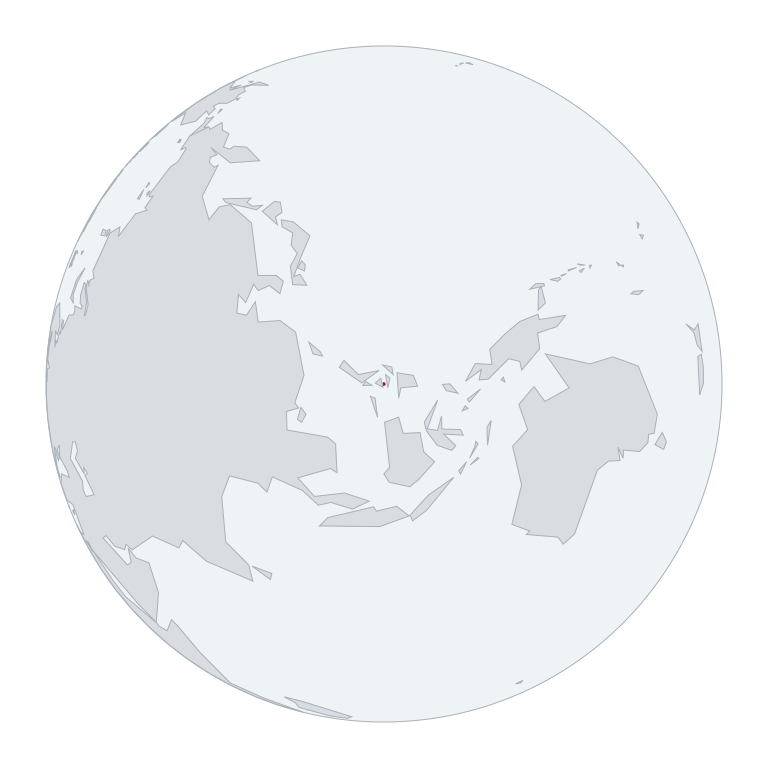 the Earth from above Guimaras, rotated 303°
{"feature_id": "PHL-2530", "entity_name": "Guimaras", "entity_type": "Province", "adm_level": 1, "iso_a3": "PHL", "parent_name": "Philippines", "parent_adm1": "", "projection": "orthographic", "projection_center": [122.577, 10.591], "detail": "fine", "context": "on_globe", "style": "filled", "palette": "rose", "viewbox_px": 768, "rotation_deg": 303, "n_neighbors": 0, "source": "natural_earth", "source_scale": "10m", "svg_char_len": 9208}
<svg xmlns="http://www.w3.org/2000/svg" viewBox="0 0 768 768"><g transform="rotate(303 384 384)"><circle cx="384" cy="384" r="338" fill="#eef3f6" stroke="#a8b0b8"/><path d="M657.6,508.1L657.3,510.3L656.9,510.7L657.6,508.1ZM567.3,100.1L557.6,94.4L548.4,93.6L556.8,101.2L546.1,94.4L569.5,115.3L571.7,124.7L562.3,109.6L556.0,104.9L554.1,108.4L547.2,104.5L542.3,104.3L534.2,99.7L529.3,92.4L524.0,89.6L523.0,92.4L514.2,90.4L516.6,86.5L501.6,82.8L490.6,72.4L503.5,69.9L490.6,64.1L488.3,62.6L515.7,72.8L542.1,85.3L567.3,100.1ZM700.3,284.8L697.6,277.5L699.9,280.6L700.3,284.8ZM695.4,274.2L696.5,276.4L695.5,274.7L695.4,274.2ZM694.4,273.7L695.1,274.0L694.6,274.4L694.4,273.7ZM693.3,274.0L693.8,273.5L693.9,273.9L693.3,274.0ZM690.7,272.2L689.9,271.6L690.1,270.3L690.7,272.2ZM579.0,108.0L577.3,106.8L576.0,105.9L579.0,108.0ZM564.3,108.2L564.5,106.3L566.7,109.6L564.3,108.2ZM543.0,105.1L545.2,107.1L541.7,106.3L543.0,105.1ZM526.2,98.7L520.1,97.3L525.5,97.4L526.2,98.7ZM515.9,95.7L501.0,93.3L504.4,97.2L486.2,86.0L504.9,91.1L511.1,90.3L511.2,92.8L515.9,95.7ZM484.4,61.4L484.2,61.3L482.8,60.9L484.4,61.4ZM477.5,59.3L478.4,59.7L466.1,56.3L462.6,55.3L477.5,59.3ZM478.5,80.7L474.2,79.4L477.8,79.4L478.5,80.7ZM484.7,61.7L481.8,61.2L471.1,58.3L468.5,57.8L465.6,56.2L484.7,61.7ZM458.2,54.5L454.3,53.6L458.9,55.0L451.0,53.3L450.5,52.8L447.4,52.4L445.0,51.9L447.2,52.1L458.2,54.5ZM432.3,49.6L431.6,49.5L430.7,49.3L432.3,49.6ZM442.1,51.1L440.6,50.9L435.0,50.0L436.6,50.2L442.1,51.1ZM445.8,52.6L458.0,55.2L457.7,55.3L445.8,52.6ZM427.9,49.0L428.8,49.1L426.8,48.8L427.9,49.0ZM439.7,51.2L444.1,52.0L443.6,52.1L439.7,51.2ZM427.0,49.1L425.9,48.8L429.6,49.2L427.0,49.1ZM432.4,50.0L430.7,49.9L431.6,49.6L434.4,50.2L432.4,50.0ZM438.6,51.2L439.7,51.5L436.8,50.9L438.6,51.2ZM413.5,48.0L413.7,47.5L422.0,48.2L420.6,48.5L413.5,48.0ZM98.5,203.2L94.5,210.2L94.3,214.2L113.4,188.8L113.9,181.4L124.7,167.5L133.0,162.4L134.2,171.0L138.4,166.0L146.7,151.2L156.2,144.8L150.6,145.8L146.0,151.5L142.5,152.8L146.4,147.7L149.6,145.3L151.9,141.4L136.1,155.4L129.7,162.8L129.9,161.3L149.6,140.6L171.1,121.6L194.0,104.5L192.4,105.8L194.8,104.3L205.3,97.8L202.1,100.4L213.2,93.6L215.5,94.4L221.9,88.3L234.4,82.2L242.9,79.4L248.2,76.7L234.4,81.5L227.8,84.6L220.3,88.7L205.2,97.3L228.4,84.0L252.5,72.7L270.6,67.3L275.3,68.0L255.9,80.7L247.3,83.1L250.0,79.3L235.5,88.0L242.4,84.7L239.7,87.4L251.0,83.5L249.6,85.4L262.8,79.1L262.3,80.9L254.0,84.9L270.3,82.3L272.9,86.0L277.3,84.7L281.2,82.2L281.9,89.4L285.1,88.2L286.1,85.3L293.1,81.2L305.7,77.3L305.2,79.9L300.6,81.7L290.3,90.2L278.1,95.4L279.2,96.2L289.7,92.4L302.3,81.9L310.0,78.9L305.2,83.5L307.5,81.6L311.2,81.0L314.5,83.2L320.3,78.3L361.5,72.0L371.9,76.9L363.0,80.9L391.3,82.9L400.8,90.5L401.7,87.5L415.9,87.9L413.1,85.3L414.6,84.0L449.8,86.6L457.7,90.1L473.8,89.9L474.3,88.7L469.3,85.9L486.2,86.0L504.4,97.2L502.5,99.3L515.2,105.8L508.9,110.2L509.5,117.6L495.2,120.3L497.0,126.8L501.8,128.7L507.8,140.0L503.5,158.1L485.8,134.6L488.0,110.5L485.3,119.0L479.6,114.9L474.7,116.8L473.3,123.7L477.0,125.7L442.4,129.3L426.4,147.8L442.9,149.3L450.7,157.4L446.9,185.1L406.4,219.1L416.4,234.5L415.4,243.6L403.0,247.5L404.2,234.1L393.9,227.8L396.5,220.3L377.0,223.7L379.8,213.2L363.3,222.0L366.8,231.2L383.0,231.3L367.4,244.7L380.6,262.3L379.4,281.6L347.7,312.2L319.7,319.4L317.4,325.5L307.8,317.1L292.6,327.7L308.7,365.7L307.4,376.0L284.0,392.9L283.9,385.1L258.3,362.8L251.8,386.9L271.1,410.3L277.7,435.4L262.0,425.8L255.6,403.6L246.6,395.1L250.3,373.8L245.3,340.9L229.6,344.7L232.1,332.1L222.8,304.5L201.0,309.3L165.5,337.2L158.5,369.2L147.2,381.4L138.7,331.6L143.1,300.3L134.8,301.3L130.4,272.6L107.7,263.2L109.1,254.9L103.8,256.8L101.4,246.6L105.4,233.4L101.8,232.3L92.5,267.5L96.9,269.0L107.0,258.8L103.1,270.9L106.0,284.2L86.2,308.5L60.2,322.8L65.4,298.5L86.0,229.7L89.7,223.4L90.1,222.6L90.9,221.2L84.7,231.2L90.9,218.5L71.6,263.9L64.9,283.0L59.7,324.0L58.3,327.1L59.0,336.5L70.6,334.1L69.0,342.0L58.7,375.8L49.5,418.2L55.2,454.4L62.1,483.9L64.8,494.9L57.4,470.7L51.8,446.0L48.1,420.9L46.3,395.7L46.4,370.4L48.3,345.2L52.2,320.2L57.9,295.5L65.4,271.4L74.7,247.8L85.8,225.1L98.5,203.2ZM127.4,195.5L133.3,201.2L144.4,182.9L147.6,184.0L150.2,177.8L145.2,181.7L153.6,165.6L161.1,163.3L167.5,156.5L165.8,154.4L150.7,161.5L138.5,183.9L131.3,189.4L127.4,195.5ZM393.9,46.2L393.0,46.2L394.7,46.3L386.3,46.4L373.1,46.6L376.0,46.8L369.8,47.5L358.5,48.2L364.2,47.3L347.7,49.0L349.0,48.3L347.0,48.6L343.7,48.6L336.2,49.5L337.4,49.3L365.6,46.6L393.9,46.2ZM420.7,48.1L420.3,48.0L419.7,48.0L420.7,48.1ZM418.2,47.8L418.6,47.9L413.0,47.4L412.2,47.5L407.1,47.1L410.8,47.9L394.6,47.1L387.3,46.6L404.9,46.7L418.2,47.8ZM309.7,56.8L314.1,55.5L315.7,55.4L327.8,53.0L327.8,53.9L320.5,55.7L309.7,56.8ZM109.7,192.1L105.8,195.9L107.5,192.7L108.5,192.0L109.7,192.1ZM110.8,185.1L108.9,187.8L110.0,186.2L110.8,185.1ZM311.7,57.4L316.7,56.2L313.6,57.5L311.7,57.4ZM328.4,54.6L325.9,55.9L329.2,53.8L328.4,54.6ZM204.1,657.6L211.1,661.9L207.8,661.3L204.1,657.6ZM73.7,489.7L87.4,538.2L83.8,535.5L76.2,519.4L66.5,489.0L68.3,483.4L67.3,470.7L73.7,489.7ZM363.0,500.3L373.5,502.6L373.2,504.1L363.0,500.3ZM352.0,494.0L363.9,495.6L350.1,497.2L352.0,494.0ZM368.5,496.2L380.7,494.3L385.9,492.3L385.0,495.4L368.5,496.2ZM344.0,493.4L301.3,488.5L284.7,482.5L288.4,477.3L315.2,481.8L344.0,493.4ZM287.1,477.0L262.1,458.1L229.8,407.2L241.3,409.6L275.4,442.2L273.2,446.8L288.3,461.2L287.1,477.0ZM348.6,454.4L346.3,468.8L322.5,465.1L311.8,461.6L304.4,441.9L308.5,432.9L317.2,434.1L352.2,405.3L364.1,414.4L353.0,427.0L362.9,440.7L348.6,454.4ZM159.4,372.5L164.0,393.1L158.1,395.2L159.4,372.5ZM367.3,384.1L352.5,396.8L366.3,379.3L367.3,384.1ZM376.0,367.2L376.4,374.5L371.1,367.0L376.0,367.2ZM316.1,335.1L306.9,335.7L307.1,330.7L319.1,327.1L316.1,335.1ZM378.2,298.2L376.4,312.6L374.0,317.3L370.6,308.1L378.2,298.2ZM318.6,70.0L301.8,71.6L289.7,74.7L282.8,79.1L285.3,74.3L304.0,69.3L318.6,70.0ZM356.2,71.1L362.1,68.3L364.4,69.9L363.4,70.7L356.2,71.1ZM356.3,69.2L354.5,65.4L361.0,64.1L361.2,67.3L356.3,69.2ZM332.3,59.5L327.4,59.7L330.0,58.5L332.3,59.5ZM578.1,632.2L581.7,634.0L572.0,642.6L558.8,651.5L546.7,654.7L578.1,632.2ZM481.5,654.1L480.7,644.2L494.9,643.7L489.4,652.3L481.5,654.1ZM587.3,625.3L595.9,616.0L598.8,604.5L598.3,614.8L605.5,614.6L584.6,633.0L587.3,625.3ZM427.8,609.9L362.0,625.5L347.3,621.6L350.3,613.2L335.3,585.3L340.0,586.3L336.0,567.7L374.4,554.3L401.8,525.8L424.0,529.3L440.3,508.2L463.5,511.2L457.0,528.4L481.5,541.4L497.2,502.9L513.0,545.7L531.4,561.2L537.5,587.5L507.6,629.6L489.7,637.4L485.9,633.3L478.5,637.3L466.5,635.1L459.1,620.9L451.9,624.9L458.5,614.7L448.3,623.6L441.7,614.3L427.8,609.9ZM594.1,541.9L597.7,543.0L603.5,550.3L597.7,549.0L594.1,541.9ZM648.5,517.1L650.1,520.5L646.4,521.6L648.5,517.1ZM656.9,510.7L652.5,512.4L657.6,508.1L656.9,510.7ZM612.4,517.5L614.2,520.1L612.7,521.0L612.4,517.5ZM610.9,516.6L613.0,512.4L612.7,516.6L610.9,516.6ZM593.4,493.7L595.5,491.5L596.6,493.2L593.4,493.7ZM389.1,504.2L403.6,494.0L411.7,493.7L389.1,504.2ZM590.2,489.0L584.8,488.5L585.3,486.2L590.2,489.0ZM590.5,483.7L589.9,480.5L593.3,488.0L590.5,483.7ZM580.0,476.3L586.7,482.1L579.2,477.0L580.0,476.3ZM576.0,477.0L571.2,474.3L571.5,473.3L576.0,477.0ZM522.6,479.1L540.5,498.9L526.3,497.7L510.4,485.1L498.3,495.4L470.7,491.9L476.9,485.5L473.1,474.8L444.9,468.8L439.2,461.5L449.1,457.7L430.7,450.9L450.8,449.4L459.2,464.0L470.6,453.9L490.7,457.9L510.3,463.8L526.4,475.1L522.6,479.1ZM451.2,480.0L454.7,480.3L451.6,484.3L451.2,480.0ZM562.0,466.2L569.0,473.3L568.2,475.0L564.8,473.8L562.0,466.2ZM530.0,472.9L547.2,462.3L551.3,462.7L539.9,475.2L530.0,472.9ZM542.9,454.6L551.0,456.7L555.3,463.4L553.6,465.1L542.9,454.6ZM410.0,464.0L409.3,467.8L404.1,464.3L410.0,464.0ZM416.7,462.2L432.4,467.7L415.3,465.4L416.7,462.2ZM369.9,444.7L374.3,454.2L388.5,449.7L377.7,457.1L387.5,473.0L384.3,478.4L374.5,461.2L371.4,477.8L365.2,476.9L361.6,462.1L367.8,445.1L374.0,438.5L399.7,437.8L369.9,444.7ZM416.5,451.0L412.4,440.0L415.5,433.2L420.0,439.2L416.5,451.0ZM400.5,413.4L390.0,400.2L380.2,404.0L400.5,388.8L407.2,403.9L400.5,413.4ZM392.2,385.8L382.9,389.2L392.7,380.2L392.2,385.8ZM380.7,384.9L380.0,376.3L387.1,378.1L380.7,384.9ZM396.9,386.6L399.2,372.5L402.5,381.2L396.9,386.6ZM377.9,357.3L392.6,372.5L372.8,364.7L373.6,337.4L382.1,337.6L377.9,357.3ZM435.5,255.9L434.3,248.6L442.4,247.8L441.0,253.0L435.5,255.9ZM467.9,241.2L444.2,245.3L425.0,249.8L430.3,253.7L424.8,265.5L417.6,253.2L432.0,241.3L446.3,240.2L449.7,230.6L461.0,225.2L460.4,213.0L465.7,208.5L470.6,219.6L467.9,241.2ZM459.5,207.9L462.6,187.9L477.4,192.6L480.0,198.0L472.4,205.0L465.0,202.0L459.5,207.9ZM467.6,184.7L460.6,182.0L450.1,152.7L451.6,148.0L467.4,171.2L461.5,170.1L461.5,176.9L467.6,184.7ZM474.9,81.0L474.3,79.6L477.5,81.2L474.9,81.0ZM412.7,82.7L415.3,81.2L419.0,82.7L412.7,82.7ZM424.5,78.2L418.5,77.5L425.0,77.1L424.5,78.2ZM405.1,76.3L416.3,76.6L405.4,78.1L405.1,76.3Z" fill="#d9dde1" stroke="#a8b0b8" stroke-width="1"/><path d="M384.8,383.2L384.9,383.4L384.9,383.7L384.8,384.0L384.6,384.5L384.3,384.9L384.1,384.9L383.9,384.9L383.8,385.0L383.7,385.0L383.7,384.9L383.7,384.7L383.4,384.5L383.5,384.5L383.7,384.4L383.8,384.3L383.9,384.2L383.7,384.1L383.8,383.9L383.9,383.6L384.0,383.6L384.3,383.4L384.3,383.2L384.5,383.1L384.8,383.2Z" fill="#f43f5e" stroke="#9f1239" stroke-width="1.5"/></g></svg>